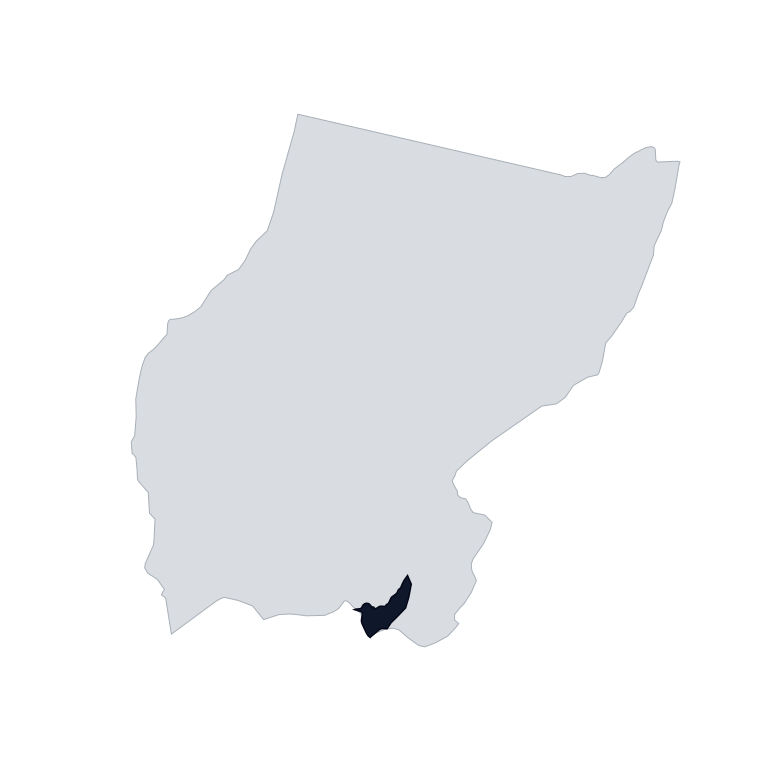 Moyo on a map of Uganda (Natural Earth projection), rotated 193°
{"feature_id": "UGA-3085", "entity_name": "Moyo", "entity_type": "District", "adm_level": 1, "iso_a3": "UGA", "parent_name": "Uganda", "parent_adm1": "", "projection": "natural_earth1", "projection_center": [31.745, 3.481], "detail": "fine", "context": "in_parent", "style": "filled", "palette": "ink", "viewbox_px": 768, "rotation_deg": 193, "n_neighbors": 0, "source": "natural_earth", "source_scale": "10m", "svg_char_len": 3100}
<svg xmlns="http://www.w3.org/2000/svg" viewBox="0 0 768 768"><g transform="rotate(193 384 384)"><path d="M528.6,627.5L519.0,627.5L503.2,627.5L487.5,627.5L471.7,627.5L456.0,627.5L440.3,627.5L424.5,627.5L408.8,627.5L393.0,627.5L377.3,627.5L361.6,627.5L345.8,627.5L330.1,627.5L314.3,627.5L298.6,627.5L282.8,627.5L267.1,627.5L257.8,627.5L255.9,627.2L254.7,626.8L248.7,628.1L242.6,632.6L236.0,634.5L229.0,633.7L228.2,634.2L224.6,634.1L219.5,633.8L214.9,635.0L211.4,638.9L207.8,645.6L201.3,653.4L196.3,660.2L192.0,665.1L182.2,673.1L176.8,675.5L174.2,675.1L172.5,673.6L169.5,663.3L167.6,661.7L148.5,667.0L145.6,667.0L145.8,663.9L144.4,639.7L144.2,625.0L146.7,615.7L148.2,605.1L148.3,595.7L151.8,579.7L150.5,570.1L155.1,536.5L156.2,531.0L158.0,514.8L160.8,509.8L163.3,507.8L166.6,497.9L172.9,482.0L177.2,473.8L176.3,455.8L177.0,443.7L177.9,441.0L187.2,436.4L199.2,425.2L204.3,411.9L211.4,403.5L225.3,398.0L266.5,352.5L285.6,328.0L293.9,315.4L294.2,310.9L295.8,305.0L292.5,300.4L288.5,296.2L287.2,292.3L283.7,290.4L278.8,290.5L275.6,287.7L271.9,282.2L268.2,278.7L256.5,279.0L247.5,273.4L247.7,265.7L251.2,250.6L258.0,233.2L258.4,228.5L257.4,224.4L255.8,220.9L252.7,217.4L249.8,213.3L252.0,200.8L256.3,188.6L259.9,182.5L263.3,175.7L262.3,170.1L257.3,167.3L259.9,161.8L265.3,152.6L275.8,143.3L285.1,137.1L291.2,137.0L303.2,142.0L314.1,147.8L320.0,148.1L327.2,145.7L342.2,135.3L345.8,138.6L350.2,144.9L354.9,155.3L364.4,160.1L368.9,163.3L372.1,164.3L373.9,163.5L377.5,155.3L381.8,150.8L389.8,145.2L407.4,140.7L420.0,139.4L425.3,138.4L434.2,135.8L448.3,127.4L462.2,138.2L477.3,140.3L491.9,140.2L496.3,136.9L498.9,134.4L514.2,116.6L534.9,92.5L548.7,126.5L553.5,128.5L552.8,131.4L551.7,134.3L560.7,142.5L571.8,146.7L575.8,150.9L576.2,155.5L572.4,175.3L573.1,180.9L576.7,200.8L583.4,205.3L589.3,225.3L601.1,233.8L602.9,236.2L605.6,245.9L609.2,256.5L612.1,259.0L613.8,259.6L617.3,270.9L615.3,277.2L618.1,296.4L622.5,313.6L623.7,334.2L623.8,343.2L623.6,348.7L622.6,356.5L620.5,361.1L616.7,365.4L612.5,372.4L608.9,379.8L606.6,383.4L608.4,394.5L607.9,397.4L606.9,398.8L601.5,400.5L594.7,403.5L590.5,406.4L584.6,412.0L579.8,418.1L573.6,436.0L563.1,450.0L561.3,454.6L551.4,462.9L547.1,473.1L544.3,485.7L540.5,494.7L532.2,507.1L530.2,526.6L530.5,565.6L528.3,610.1L528.6,627.5Z" fill="#d9dde1" stroke="#a8b0b8" stroke-width="1"/><path d="M342.5,134.9L343.0,135.2L345.1,137.3L351.4,145.4L352.7,147.9L353.0,149.8L353.3,154.5L353.9,156.3L355.1,157.0L362.1,157.5L360.9,158.3L356.4,159.8L355.4,161.3L354.9,163.5L353.7,165.3L352.0,166.4L350.0,166.6L348.9,166.3L347.9,165.7L346.8,164.9L346.0,164.1L344.4,164.3L343.5,164.1L343.7,162.7L342.7,162.9L340.9,163.7L338.7,166.0L337.8,166.6L335.8,167.1L333.9,167.3L332.9,167.7L332.4,168.7L331.9,169.7L330.4,171.1L329.8,173.3L329.3,175.9L328.8,177.9L325.7,181.4L324.4,183.3L323.7,186.8L323.1,187.6L322.5,188.3L322.1,189.0L321.8,189.8L321.4,192.5L320.4,196.9L318.0,202.7L312.4,195.1L311.9,181.4L312.6,170.6L319.0,159.9L323.5,152.8L325.9,146.2L330.8,145.3L332.4,144.5L333.2,143.7L340.2,134.5L340.4,133.9L340.7,134.0L342.5,134.9Z" fill="#0f172a" stroke="#020617" stroke-width="1.5"/></g></svg>